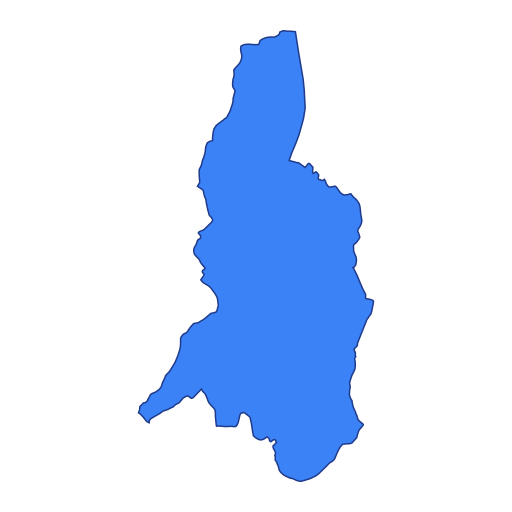 outline of Hoa Binh, Hòa Bình, Vietnam
{"feature_id": "81297802B29311833142389", "entity_name": "Hoa Binh", "entity_type": "district", "adm_level": 2, "iso_a3": "VNM", "parent_name": "Vietnam", "parent_adm1": "Hòa Bình", "projection": "natural_earth1", "projection_center": [105.327, 20.842], "detail": "fine", "context": "isolated", "style": "filled", "palette": "blue", "viewbox_px": 512, "rotation_deg": 0, "n_neighbors": 0, "source": "geoboundaries", "source_scale": "gbopen_adm2", "svg_char_len": 6085}
<svg xmlns="http://www.w3.org/2000/svg" viewBox="0 0 512 512"><path d="M352.3,442.7L352.7,442.1L356.7,437.7L357.8,433.5L358.4,431.6L358.9,430.6L359.5,429.6L363.2,425.1L363.3,424.8L363.2,424.4L363.1,424.2L359.0,420.7L358.0,419.5L356.5,414.7L355.8,413.5L355.6,412.4L353.1,406.6L352.1,402.2L352.1,400.9L350.9,399.0L350.2,397.4L349.6,395.8L349.4,393.9L349.6,390.6L350.1,387.7L350.2,386.3L349.6,383.8L349.6,383.1L350.1,380.8L351.8,375.6L352.8,373.6L353.6,372.1L354.8,369.4L355.1,367.9L355.3,365.2L355.2,361.9L354.7,359.6L354.7,358.7L355.2,357.4L355.8,356.5L355.2,355.3L355.2,354.6L355.5,353.3L355.2,352.3L353.9,349.3L356.5,346.6L357.2,345.7L357.5,343.4L357.9,342.2L367.0,319.3L368.0,318.1L369.4,315.9L370.8,314.2L371.9,310.6L372.6,306.5L373.1,304.5L373.5,301.5L373.4,301.1L373.0,300.5L371.8,299.9L368.6,299.0L366.3,298.7L365.7,298.4L365.6,298.2L365.6,294.8L365.6,294.4L363.0,289.4L361.1,285.1L357.1,275.4L353.5,268.2L352.9,267.6L354.0,267.3L355.6,265.2L356.1,263.1L356.5,260.0L356.4,259.0L355.9,256.4L355.0,254.6L353.7,251.2L353.6,249.9L353.5,245.5L353.8,244.6L355.6,243.3L357.3,241.3L358.9,239.1L359.7,237.6L359.7,236.8L358.6,233.2L357.7,231.2L357.9,230.0L358.5,228.7L360.0,226.4L361.2,223.8L361.7,221.9L361.8,220.3L360.7,213.7L360.2,208.3L359.8,205.9L359.0,203.4L356.7,200.1L356.2,199.7L355.7,198.9L354.7,198.3L353.8,197.4L351.7,195.0L350.8,193.7L347.3,194.7L344.0,195.0L342.2,194.1L340.2,192.5L336.4,187.1L335.4,186.3L334.0,186.3L332.4,186.7L330.2,187.1L329.0,186.9L327.7,185.8L326.2,183.5L325.5,181.1L324.2,179.3L323.0,180.4L322.5,180.5L322.2,180.5L320.2,179.7L319.3,179.6L318.8,179.4L318.3,178.9L318.2,178.4L318.2,177.6L318.6,176.1L318.7,175.0L318.5,174.6L318.0,174.0L316.2,171.9L315.7,171.9L313.1,173.5L312.7,172.5L312.6,171.8L312.9,167.4L312.7,167.0L309.7,163.7L309.3,163.5L308.8,163.4L308.2,163.6L305.1,167.5L298.5,162.7L297.2,162.7L293.8,161.7L289.2,160.6L289.5,159.4L292.0,152.3L295.9,143.1L298.9,135.1L301.8,124.9L303.6,118.1L304.7,111.0L305.1,108.5L305.1,105.8L304.5,96.1L304.3,90.8L303.2,79.5L301.1,67.1L298.5,51.8L295.4,31.7L290.7,31.2L287.7,31.2L283.3,30.7L281.1,31.5L279.8,32.1L279.4,33.9L278.9,34.7L276.0,36.4L274.3,37.2L272.7,37.0L270.2,37.0L266.2,37.6L262.5,39.0L260.1,40.5L259.4,42.8L258.6,44.5L256.9,44.6L253.1,44.6L249.5,44.2L246.4,44.3L244.4,44.6L242.6,45.2L240.9,46.3L240.6,48.1L240.8,51.0L241.8,55.6L241.8,56.5L241.5,58.9L239.7,63.2L235.8,67.4L233.8,69.9L234.1,73.5L234.0,75.8L232.9,80.0L232.6,83.6L232.6,85.5L232.9,87.0L233.8,88.6L234.9,90.3L235.0,91.1L233.1,98.5L233.0,101.5L232.3,104.4L230.5,109.8L229.9,111.5L226.5,117.7L225.0,118.5L223.4,120.0L221.9,121.0L220.0,122.5L217.6,124.3L216.1,125.6L214.1,128.7L213.2,132.1L212.5,138.2L212.6,139.2L212.6,140.2L212.2,140.7L211.2,141.0L209.7,141.3L207.5,142.7L207.1,143.2L205.9,146.4L205.5,148.7L205.2,152.1L204.7,154.0L203.9,156.7L203.3,158.5L202.6,160.0L201.4,165.1L199.2,169.7L199.2,175.3L199.5,179.0L199.7,182.4L197.5,186.3L202.9,190.0L203.2,190.3L203.7,192.9L204.7,196.9L205.8,199.2L206.3,202.8L207.8,209.8L209.2,215.0L209.5,215.5L211.5,217.7L211.8,218.3L212.5,219.1L212.7,219.6L212.6,220.3L211.5,222.4L210.1,223.6L205.5,228.2L203.9,229.6L202.8,230.3L199.8,231.4L198.5,232.4L198.4,233.2L199.7,234.7L200.6,235.8L200.6,237.2L200.5,237.9L199.9,238.7L198.4,239.4L197.4,240.6L196.8,242.7L195.9,245.0L194.6,247.0L193.8,249.2L193.7,250.9L194.0,252.6L194.5,254.3L196.6,256.8L198.8,258.9L199.8,260.7L200.3,262.0L201.6,263.9L203.1,265.8L204.7,267.6L205.1,268.1L205.0,268.6L202.5,270.6L202.3,271.3L202.6,272.7L203.8,273.9L204.0,274.6L203.8,275.2L203.5,276.0L202.5,277.3L200.8,279.9L203.0,282.5L208.6,285.9L210.7,287.8L212.4,290.1L214.8,293.3L216.4,296.0L217.4,298.3L218.3,305.0L218.3,305.8L218.0,306.8L217.7,307.3L217.5,308.5L216.9,310.7L216.0,312.1L212.4,313.1L210.8,313.4L209.6,314.4L205.6,317.9L203.1,319.8L200.4,321.3L199.0,322.3L197.8,322.8L195.6,323.2L195.2,323.2L193.5,323.7L190.8,326.7L188.7,329.6L187.6,331.4L186.2,332.8L183.8,333.9L182.4,335.2L181.0,337.2L180.6,338.6L180.6,343.0L180.5,345.5L180.2,347.8L179.9,349.2L177.9,355.6L175.2,362.0L173.9,364.4L170.1,370.5L168.8,372.2L165.6,375.5L165.5,375.9L165.3,376.6L164.3,378.9L162.4,383.0L161.6,385.7L160.9,387.4L159.1,389.5L155.7,392.0L151.8,393.6L151.0,394.1L150.3,394.9L148.9,397.8L147.9,399.2L147.7,400.4L147.5,400.7L145.1,402.8L143.7,402.8L143.2,403.1L142.0,404.5L139.9,406.4L139.6,409.6L138.5,412.9L140.2,413.9L142.8,416.6L144.8,419.1L146.1,420.8L147.1,421.7L149.1,422.8L149.4,420.6L149.9,419.4L150.4,419.1L152.9,417.4L159.8,413.5L162.8,411.2L164.2,410.8L165.9,410.1L167.3,409.7L173.6,406.6L174.9,405.0L179.0,402.8L179.9,401.9L182.4,398.9L183.2,398.1L184.5,397.2L186.3,396.2L187.7,396.0L188.5,396.2L190.8,398.1L191.4,398.3L192.4,398.0L193.1,397.7L193.8,397.0L201.5,389.0L202.0,389.8L202.2,390.5L202.7,391.4L204.6,393.2L205.3,394.1L206.8,397.4L208.1,401.1L209.1,403.0L211.0,405.3L214.1,408.5L215.0,410.2L215.2,410.7L215.2,411.9L215.4,413.3L215.4,416.4L215.8,420.6L216.4,426.0L216.6,426.2L218.9,426.0L225.5,426.6L231.6,426.3L233.4,426.6L235.1,426.6L236.2,426.2L237.1,424.9L238.2,422.4L240.0,414.6L241.2,413.1L242.2,413.0L242.3,412.8L243.2,412.5L244.0,412.7L245.2,413.3L249.3,416.5L250.1,417.6L251.4,423.5L252.4,430.2L253.4,435.8L255.2,437.4L257.6,439.0L258.8,439.5L260.2,439.9L261.7,439.8L262.8,439.5L264.5,438.7L265.7,437.9L266.7,436.9L267.7,437.3L268.8,438.2L269.2,438.9L269.4,440.2L269.8,441.1L270.6,441.7L271.1,441.6L272.9,440.2L273.4,439.9L273.9,439.7L274.9,439.7L275.2,439.9L275.6,440.4L275.9,441.4L276.5,442.4L276.2,442.8L275.3,443.5L274.6,444.5L274.2,444.9L273.0,445.9L273.1,447.4L273.6,448.8L275.0,451.3L275.6,453.0L274.8,455.5L275.3,457.1L275.2,459.9L275.5,460.7L276.9,462.4L277.0,462.8L277.1,463.8L277.3,464.3L277.7,464.8L278.4,466.6L279.2,470.1L280.8,472.4L283.7,475.0L286.3,476.4L289.5,477.9L291.4,478.4L293.0,478.7L296.5,480.4L297.4,480.7L300.8,481.3L301.6,481.2L302.7,480.8L305.2,480.2L307.5,479.4L309.5,478.9L315.4,476.1L318.3,474.1L326.7,465.9L329.3,463.1L332.0,461.5L333.4,460.3L334.6,458.9L337.4,452.2L340.0,447.3L341.4,445.6L342.8,444.2L346.9,443.8L349.6,443.7L350.8,443.4L352.3,442.7Z" fill="#3b82f6" stroke="#1e3a8a" stroke-width="1.5"/></svg>